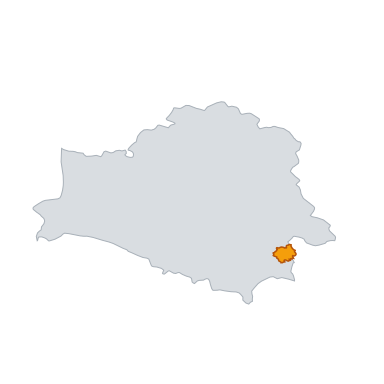 Vietka, Gomel, Belarus shown in context, rotated 14°
{"feature_id": "67162791B72598168140482", "entity_name": "Vietka", "entity_type": "district", "adm_level": 2, "iso_a3": "BLR", "parent_name": "Belarus", "parent_adm1": "Gomel", "projection": "equal_earth", "projection_center": [31.254, 52.716], "detail": "fine", "context": "in_parent", "style": "filled", "palette": "amber", "viewbox_px": 384, "rotation_deg": 14, "n_neighbors": 0, "source": "geoboundaries", "source_scale": "gbopen_adm2", "svg_char_len": 6468}
<svg xmlns="http://www.w3.org/2000/svg" viewBox="0 0 384 384"><g transform="rotate(14 192 192)"><path d="M313.0,253.5L307.0,253.2L299.8,253.3L295.7,255.5L291.3,254.5L288.2,255.7L281.0,261.7L278.2,265.0L275.6,270.0L273.9,273.7L274.8,276.3L276.1,278.7L276.4,281.3L277.1,283.4L275.3,284.9L274.2,287.0L271.2,286.7L267.5,284.6L266.8,281.6L263.9,279.5L262.1,278.5L259.0,278.3L254.0,279.3L247.6,280.0L242.7,280.2L240.0,281.3L236.1,282.3L234.6,281.1L232.5,277.7L230.7,274.3L229.5,272.9L228.5,272.4L227.2,272.5L225.6,273.6L224.5,274.7L220.4,276.0L218.6,277.1L216.6,280.2L215.3,280.0L213.9,279.3L212.4,275.9L210.3,275.1L206.9,275.0L202.7,274.3L199.3,273.2L198.0,273.5L195.9,275.0L193.7,275.2L188.9,273.9L188.0,274.5L185.1,278.3L183.8,278.5L183.0,278.0L183.5,274.7L180.8,273.5L176.0,273.3L172.7,273.8L171.1,273.7L170.2,273.0L166.3,267.5L164.2,267.1L160.3,267.4L154.6,266.7L148.1,265.5L144.5,265.0L142.7,263.8L138.7,263.3L127.9,261.0L123.5,260.6L117.0,260.5L107.1,260.0L100.7,260.3L97.8,261.1L94.3,261.6L82.5,262.2L78.3,262.8L77.0,264.0L75.5,266.5L70.4,271.0L65.6,273.9L64.7,274.1L62.0,272.6L59.7,272.1L57.0,271.9L55.1,272.4L53.9,273.1L53.9,276.5L53.6,276.8L51.7,272.8L52.0,269.1L53.3,267.0L54.8,265.2L54.4,262.3L56.0,258.6L56.1,255.9L55.6,254.8L54.5,253.4L51.6,251.9L50.3,250.8L46.2,249.2L42.2,247.3L41.6,246.1L41.8,245.3L42.6,244.1L45.9,240.5L49.5,237.0L51.7,235.6L63.5,231.1L65.3,229.6L65.9,227.0L66.0,221.6L65.5,216.8L64.8,213.5L63.0,207.2L57.7,194.4L54.9,181.2L57.1,181.9L62.6,182.2L66.9,181.3L69.2,181.2L71.2,181.5L76.9,180.7L78.2,181.9L80.7,183.0L85.8,181.5L90.3,179.6L94.9,179.8L95.6,178.9L96.9,174.2L98.4,173.2L103.8,173.7L105.9,172.8L108.1,170.5L111.4,169.1L114.1,169.1L117.0,167.5L118.3,168.6L118.9,170.5L117.9,172.0L118.3,172.6L120.2,173.4L123.6,173.4L125.7,172.7L126.3,171.9L126.3,170.3L125.8,168.8L124.5,167.5L121.9,166.8L120.0,166.8L119.7,166.0L120.4,164.2L122.2,161.0L124.3,158.1L125.6,157.0L125.8,156.0L125.7,154.3L125.8,151.1L127.7,146.7L130.3,143.4L133.6,142.3L137.6,141.8L140.2,140.2L141.5,138.4L142.7,135.6L144.0,135.0L153.5,135.4L155.0,132.5L155.9,131.8L157.7,130.9L159.0,129.9L158.6,129.2L156.2,128.7L150.5,128.2L149.3,127.3L149.7,126.2L151.4,123.3L153.0,119.6L153.8,116.7L153.9,115.0L154.8,114.5L159.4,114.0L161.0,113.4L165.1,109.5L168.2,108.8L176.0,109.8L179.7,109.7L184.2,110.0L184.6,109.6L186.4,105.8L194.3,99.6L198.5,97.4L201.1,97.0L202.0,97.1L206.1,100.3L207.1,100.5L209.9,99.1L214.7,99.0L216.9,100.1L220.0,104.1L221.6,104.6L226.3,102.4L228.9,101.6L230.6,101.7L239.4,104.7L240.0,105.7L240.1,106.9L238.6,110.6L240.4,112.8L242.5,114.3L247.1,111.8L248.8,111.1L250.6,111.1L253.1,110.2L254.8,108.8L256.5,108.3L259.8,108.6L265.6,108.3L272.4,110.5L273.0,111.2L276.4,113.7L277.6,115.0L278.7,115.4L280.5,116.7L282.9,117.5L284.6,117.2L285.4,117.7L286.2,118.7L286.3,120.4L286.0,125.2L283.5,127.7L283.2,128.6L283.3,129.7L285.3,131.8L287.8,135.1L288.3,137.0L288.3,138.4L284.9,142.6L283.8,143.6L283.0,145.6L282.5,147.7L282.8,148.6L288.5,152.0L292.7,153.8L293.7,154.7L293.8,155.2L291.5,158.8L291.3,159.8L294.7,161.3L296.6,163.7L298.3,167.5L301.5,171.2L313.6,176.6L314.7,177.6L315.0,178.8L314.6,181.3L312.5,186.2L314.5,186.9L319.9,186.7L326.4,187.3L334.2,190.8L334.2,192.3L333.4,193.7L334.0,195.2L334.8,196.4L341.6,200.3L342.3,201.4L342.4,203.3L342.3,204.7L340.4,205.0L338.3,205.6L334.9,207.3L333.6,209.6L328.1,212.8L324.7,214.3L322.0,214.4L315.5,213.7L313.3,212.1L312.3,210.7L309.8,210.0L306.5,209.9L302.0,210.2L301.1,210.6L300.3,212.4L298.4,215.5L297.0,217.2L302.8,223.3L305.7,225.8L306.6,227.4L306.6,228.5L305.2,229.8L305.4,232.4L308.3,235.8L307.3,236.4L307.0,240.6L307.1,245.1L307.8,246.2L309.4,247.1L310.7,248.7L312.8,252.5L313.0,253.5Z" fill="#d9dde1" stroke="#a8b0b8" stroke-width="1"/><path d="M306.5,231.7L306.0,231.1L305.7,230.8L305.3,230.3L305.0,229.8L305.1,229.4L305.4,229.4L305.9,229.4L306.4,229.4L306.7,229.2L307.1,229.1L307.5,228.6L307.7,228.3L307.8,228.0L308.0,227.7L308.0,227.2L307.9,226.9L307.7,226.5L307.3,226.2L307.1,225.9L306.6,225.6L306.0,225.3L305.9,225.0L305.8,224.5L306.2,224.1L306.3,223.8L306.1,223.6L305.7,223.5L305.1,223.5L304.6,223.4L304.3,223.2L303.8,222.9L303.2,222.6L302.5,222.0L302.1,221.5L301.7,221.3L301.4,220.8L301.1,220.5L301.1,220.1L301.1,219.8L301.0,219.5L301.0,219.3L300.6,219.3L300.4,219.3L300.2,219.3L299.8,219.3L299.5,219.3L299.2,219.4L299.0,219.5L298.8,219.6L298.7,219.8L298.4,220.1L298.1,220.3L297.7,220.5L297.4,220.6L297.1,220.8L296.8,221.0L296.7,221.2L296.6,221.5L296.6,221.8L296.7,222.0L296.7,222.3L296.8,222.6L296.9,222.8L296.9,223.0L297.1,223.2L297.0,223.3L296.9,223.5L296.6,223.5L296.2,223.5L295.9,223.7L295.6,223.9L295.4,223.9L295.1,223.9L295.0,223.7L294.7,223.6L294.2,223.6L293.8,223.6L293.6,223.6L293.2,223.6L292.8,223.7L292.5,223.7L292.2,223.7L292.0,223.8L291.8,224.0L291.7,224.0L291.4,224.1L291.0,224.3L290.8,224.6L290.6,224.9L290.1,225.2L289.8,225.3L289.3,225.4L288.8,225.4L288.4,225.4L288.2,225.4L287.8,225.5L287.6,225.7L287.6,225.9L287.6,226.2L287.7,226.4L288.0,226.6L288.3,226.8L288.5,227.0L288.7,227.3L288.4,227.5L288.2,227.6L288.2,228.0L288.2,228.3L288.2,228.6L288.0,228.8L287.9,228.8L287.6,229.5L287.1,229.7L287.0,229.8L287.0,230.1L286.9,230.3L286.8,230.5L286.6,230.7L286.4,231.0L285.9,231.2L285.6,231.3L285.5,231.5L285.7,231.9L286.0,232.1L286.2,232.3L286.3,232.5L286.5,232.8L286.3,233.4L286.3,233.7L286.2,233.9L286.4,234.1L286.5,234.1L286.8,234.2L287.1,234.2L287.4,234.3L287.9,234.4L288.3,234.4L288.8,234.4L289.3,234.5L289.6,234.5L289.9,234.5L290.1,234.7L290.1,235.0L290.1,235.3L290.2,235.5L290.4,235.7L290.6,235.8L291.0,235.9L291.4,236.0L291.6,236.1L292.0,236.3L292.2,236.6L292.4,236.9L292.5,237.2L292.8,237.6L293.0,237.9L293.3,238.0L293.7,238.1L294.1,238.2L294.7,238.3L294.9,238.4L295.1,238.6L295.3,238.8L295.6,238.9L295.6,239.0L295.9,238.9L296.1,238.9L296.5,238.9L296.9,238.6L297.2,238.4L297.4,238.2L297.7,237.9L298.0,237.6L298.4,237.5L298.7,237.5L299.0,237.4L298.9,237.1L298.6,236.8L298.3,236.7L298.1,236.4L298.0,236.2L298.3,235.9L298.2,235.7L298.5,235.4L298.9,235.3L299.3,235.3L299.6,235.3L300.0,235.4L300.3,235.5L300.5,235.6L300.9,235.7L301.3,235.7L301.7,235.8L302.2,235.7L302.5,235.6L302.7,235.4L302.8,235.2L302.7,234.9L302.9,234.7L303.2,234.6L303.6,234.6L304.0,234.5L303.9,234.3L303.6,234.2L303.3,234.0L303.6,234.0L303.8,233.8L303.9,233.7L303.7,233.4L303.5,233.2L303.6,232.9L303.9,232.8L304.2,232.8L304.5,232.8L304.9,232.9L305.2,232.8L305.4,232.7L305.3,232.4L305.2,232.2L305.3,232.0L305.7,231.9L306.0,231.7L306.3,231.7L306.5,231.7Z" fill="#f59e0b" stroke="#b45309" stroke-width="1.5"/></g></svg>